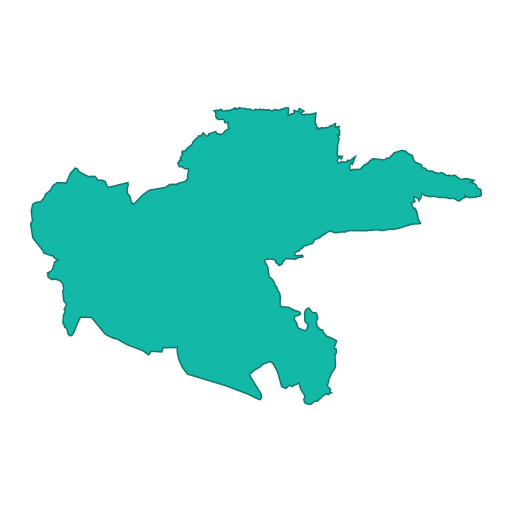 outline of Tolimán, Jalisco, Mexico
{"feature_id": "50627088B84573477365023", "entity_name": "Tolimán", "entity_type": "district", "adm_level": 2, "iso_a3": "MEX", "parent_name": "Mexico", "parent_adm1": "Jalisco", "projection": "natural_earth1", "projection_center": [-103.885, 19.545], "detail": "fine", "context": "isolated", "style": "filled", "palette": "teal", "viewbox_px": 512, "rotation_deg": 0, "n_neighbors": 0, "source": "geoboundaries", "source_scale": "gbopen_adm2", "svg_char_len": 6055}
<svg xmlns="http://www.w3.org/2000/svg" viewBox="0 0 512 512"><path d="M331.3,392.8L330.4,392.4L329.8,390.8L330.6,389.4L327.1,385.5L328.4,382.6L329.0,378.8L331.7,372.8L334.9,368.2L335.6,365.1L334.9,355.9L336.3,352.6L336.3,350.0L336.2,349.1L334.3,348.2L334.4,347.1L336.7,340.9L330.9,337.7L326.7,336.2L323.0,331.9L322.6,329.8L320.7,329.8L316.9,326.0L316.4,321.1L317.8,318.2L316.7,313.7L315.6,312.5L313.8,312.9L312.4,312.4L308.9,308.1L308.2,308.0L306.5,309.1L305.0,311.5L304.7,313.1L304.9,321.2L307.8,324.5L308.1,325.5L306.7,329.6L304.5,330.8L297.7,327.6L296.7,323.2L294.4,319.6L294.5,317.3L294.8,316.4L299.8,314.7L300.4,314.0L300.0,312.2L293.9,310.1L288.3,307.2L281.0,306.8L280.0,304.5L280.4,296.9L279.7,293.6L278.5,291.1L277.4,290.2L276.8,287.1L274.7,284.6L274.4,282.7L273.0,280.3L271.2,278.2L269.6,277.7L268.9,275.3L267.8,267.2L264.4,260.7L264.6,260.2L265.8,259.4L267.2,259.4L267.8,258.5L268.9,259.2L270.3,258.9L273.8,259.6L275.9,260.7L275.6,262.2L278.7,264.7L278.7,265.5L279.9,265.3L282.0,263.9L283.0,261.8L285.7,258.6L295.5,259.1L299.2,257.2L302.4,257.1L303.1,256.4L302.4,255.3L296.5,255.7L294.9,255.3L294.6,253.2L296.4,251.6L298.8,251.2L300.1,249.4L302.2,248.2L304.1,245.8L306.8,245.6L308.6,244.4L312.0,243.5L313.4,242.4L314.3,239.9L320.1,237.4L323.7,234.5L325.4,233.9L326.1,232.8L329.8,231.0L335.8,232.9L341.6,231.9L345.1,232.1L347.0,231.1L350.5,230.6L365.6,230.8L376.4,229.7L383.5,230.6L388.6,229.2L392.9,229.4L398.3,228.4L411.7,224.2L419.9,223.6L420.5,223.2L418.3,219.2L416.5,210.7L416.0,211.0L414.8,208.1L413.7,208.9L411.1,203.2L414.4,202.1L415.0,201.2L413.7,198.3L414.2,196.9L418.2,198.4L419.0,200.8L420.9,197.8L422.1,193.6L425.0,195.6L430.2,196.6L434.7,196.3L438.7,197.4L445.8,197.5L450.4,198.6L453.7,198.3L457.4,200.5L459.3,200.9L463.6,197.7L465.5,197.5L464.9,195.5L468.9,197.6L475.8,197.3L476.7,196.6L480.1,196.1L481.0,195.5L481.3,194.5L480.8,189.5L477.3,188.1L476.2,185.1L474.4,183.5L470.4,182.2L472.9,181.4L474.1,180.3L465.9,178.5L461.3,179.5L459.8,179.1L455.5,175.6L454.1,175.1L451.5,176.0L448.8,175.1L448.4,175.7L447.0,175.7L442.3,172.9L440.9,172.7L439.2,173.5L435.0,172.6L431.9,170.9L429.1,171.1L427.4,170.6L425.4,168.4L422.3,167.7L421.6,166.2L421.8,165.6L420.5,164.1L418.3,163.9L417.3,162.7L416.0,162.7L414.7,161.6L413.2,158.9L412.5,155.9L411.6,155.1L408.3,153.6L405.4,151.1L401.8,150.4L393.8,152.9L392.5,154.9L390.7,156.2L390.3,157.5L386.3,158.4L384.4,160.0L372.8,158.7L371.3,160.1L370.0,160.4L368.0,163.3L366.7,163.4L366.5,164.3L364.7,164.7L359.8,169.4L355.6,169.4L354.9,170.0L354.2,169.4L351.8,169.6L351.0,170.6L349.8,169.8L349.8,164.6L350.6,163.3L352.3,164.5L355.3,156.5L350.3,160.5L347.4,160.4L347.7,161.5L346.8,161.8L344.9,162.2L341.3,161.5L340.4,162.8L339.1,163.3L337.4,161.5L337.2,159.9L338.7,157.7L341.4,158.9L342.5,156.4L337.1,156.0L337.7,147.4L337.3,147.1L339.0,138.6L338.9,137.4L338.0,137.1L338.3,136.1L337.7,134.7L339.6,135.1L339.6,130.6L338.4,128.9L339.3,126.4L335.4,127.3L335.5,123.5L334.7,123.6L332.4,125.8L331.8,125.4L331.0,126.0L330.3,125.7L328.2,127.8L326.3,127.3L324.0,128.4L323.0,127.6L321.9,128.3L321.3,127.7L319.1,128.9L318.2,127.8L317.0,128.5L316.5,125.6L315.1,122.0L315.9,112.9L310.7,114.3L304.9,114.3L304.7,115.3L301.0,114.1L300.4,113.4L303.9,111.2L299.5,108.5L299.0,108.7L299.0,111.6L293.9,110.4L294.4,113.4L291.5,113.9L288.2,115.6L288.6,108.1L287.9,107.9L284.8,108.0L283.6,109.1L281.6,109.0L279.8,110.4L278.9,109.9L276.9,110.4L276.5,109.7L275.2,109.5L271.8,110.9L269.2,109.9L264.2,109.9L263.3,109.3L261.9,110.0L260.3,109.2L257.7,109.8L255.0,109.3L254.4,110.3L253.3,110.6L249.6,109.0L247.4,109.3L244.9,108.3L242.9,108.6L239.2,107.6L237.4,109.1L236.8,108.5L236.0,109.2L235.6,108.4L234.7,108.9L234.7,108.1L234.2,108.0L233.9,109.0L231.5,109.6L230.8,110.3L229.1,110.1L228.5,111.0L226.1,110.3L225.2,111.0L222.4,111.2L221.9,111.0L221.9,109.6L219.8,109.4L218.3,111.0L216.9,110.1L214.1,110.8L216.3,113.7L215.9,113.5L215.7,115.4L216.2,117.3L216.7,117.4L216.6,118.3L218.3,119.5L223.8,119.2L225.0,122.8L227.8,122.3L228.6,128.9L224.8,131.1L222.8,133.6L221.0,134.6L219.8,134.5L219.2,133.8L217.6,134.1L216.7,133.5L215.7,131.6L208.5,134.0L208.6,135.3L206.6,136.3L203.2,132.9L200.4,136.2L198.7,135.8L198.0,137.2L194.2,140.4L193.8,141.4L193.0,141.7L192.4,144.1L186.8,148.6L185.7,150.8L182.4,151.2L181.8,152.8L182.8,153.7L180.3,157.9L181.5,160.3L180.2,159.9L177.8,163.0L179.3,166.8L181.7,166.5L184.9,168.8L188.4,168.8L188.6,171.5L187.7,174.4L187.6,178.5L185.7,181.0L184.1,181.8L180.2,182.7L177.3,183.8L177.3,184.3L169.9,184.4L165.5,187.4L149.4,190.2L142.8,194.9L134.8,203.2L132.6,204.1L131.0,200.9L129.6,195.7L127.9,194.0L127.2,192.1L127.1,188.8L128.2,185.0L127.9,182.6L108.7,187.3L107.1,186.2L105.1,181.4L101.7,180.1L97.8,180.3L96.3,177.8L94.5,176.3L88.1,176.5L78.8,171.6L77.9,169.3L75.3,168.1L70.4,173.3L66.3,183.0L57.5,182.6L53.1,185.5L50.2,190.5L45.5,194.2L44.8,196.8L40.8,201.7L35.8,202.4L32.8,204.3L31.3,210.4L32.5,221.3L30.8,223.1L30.7,224.3L32.8,237.8L43.3,251.2L43.8,253.0L50.9,255.5L52.2,255.5L55.9,259.0L58.1,259.7L57.9,260.3L54.7,261.8L52.7,268.6L51.5,270.9L47.5,273.0L48.7,273.8L47.7,274.9L47.9,276.1L48.2,277.1L51.8,279.6L55.1,279.0L60.2,280.8L63.3,284.4L63.1,285.9L63.9,288.6L62.8,291.0L63.7,300.8L66.2,303.9L66.3,305.4L64.1,309.4L65.1,310.6L65.1,311.4L63.5,315.5L62.9,322.7L63.4,323.2L63.4,324.5L65.0,326.1L64.5,326.9L67.0,328.8L68.0,333.8L69.7,335.7L71.3,335.6L72.5,334.7L75.1,329.4L77.3,323.5L80.5,317.2L91.5,317.4L105.4,334.3L113.8,338.5L116.0,338.6L117.8,339.4L127.6,344.9L142.4,350.4L148.6,354.9L151.2,351.3L161.7,351.9L162.9,347.8L177.3,347.5L177.3,352.2L178.5,358.3L180.3,363.0L182.5,367.5L187.5,374.1L224.9,385.4L247.5,393.9L259.5,399.7L260.6,399.2L261.6,397.4L261.3,394.4L249.3,374.8L253.9,370.5L261.1,366.2L262.0,364.6L268.9,361.8L271.5,362.1L273.5,364.3L277.5,371.6L281.7,386.7L286.0,388.4L289.2,385.3L291.7,386.4L292.9,386.2L294.2,385.0L295.9,384.7L299.0,382.9L300.6,388.9L305.1,396.3L303.9,399.2L304.1,401.2L305.1,402.9L307.1,403.9L308.9,404.4L311.2,404.0L314.4,401.5L317.9,400.8L324.1,394.9L327.1,393.9L328.8,394.5L329.4,393.4L331.3,392.8Z" fill="#14b8a6" stroke="#0f766e" stroke-width="1.5"/></svg>